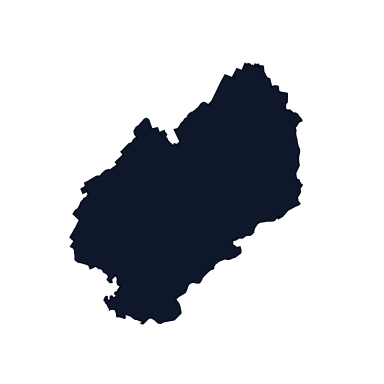 Rabagani, Bihor, Romania, rotated 289°
{"feature_id": "2599482B4708880341888", "entity_name": "Rabagani", "entity_type": "district", "adm_level": 2, "iso_a3": "ROU", "parent_name": "Romania", "parent_adm1": "Bihor", "projection": "natural_earth1", "projection_center": [22.248, 46.751], "detail": "fine", "context": "isolated", "style": "filled", "palette": "ink", "viewbox_px": 384, "rotation_deg": 289, "n_neighbors": 0, "source": "geoboundaries", "source_scale": "gbopen_adm2", "svg_char_len": 6002}
<svg xmlns="http://www.w3.org/2000/svg" viewBox="0 0 384 384"><g transform="rotate(289 192 192)"><path d="M300.3,264.3L299.6,264.1L299.8,262.4L299.8,261.6L300.1,260.8L300.2,260.2L300.4,259.7L300.7,259.6L301.3,258.0L301.1,257.5L301.1,257.1L300.1,257.1L300.6,254.6L300.4,253.8L302.6,252.5L306.2,251.8L307.8,252.7L312.1,251.3L313.1,251.1L314.4,250.5L316.2,250.0L315.1,243.4L315.2,242.6L315.8,240.8L319.4,239.4L319.8,238.8L319.8,237.6L319.1,235.4L318.0,233.9L317.5,232.9L323.6,228.9L324.3,228.5L324.2,226.8L324.3,225.8L325.0,224.8L328.7,221.0L329.7,220.2L330.8,219.9L334.0,218.4L333.7,217.7L333.8,217.5L334.0,217.5L334.1,217.3L334.0,217.0L333.9,216.9L333.5,216.9L333.4,217.2L333.2,217.2L333.2,216.8L333.0,216.2L332.2,216.3L332.0,216.2L331.9,215.9L332.2,215.9L332.5,215.7L332.7,215.4L332.7,215.1L332.9,215.3L333.3,215.4L333.5,215.2L333.1,214.4L333.3,213.8L333.6,213.6L334.0,213.7L334.3,213.4L334.0,213.0L333.8,212.1L333.3,212.3L332.3,212.1L332.4,211.8L332.5,211.7L333.0,211.9L333.2,211.5L332.8,211.0L332.4,211.2L332.2,211.0L332.0,210.6L333.1,209.9L332.0,209.6L331.5,210.1L331.1,209.8L331.1,209.5L330.5,208.8L330.5,208.4L330.7,208.0L331.3,207.8L331.1,207.1L330.8,206.8L330.6,206.5L330.5,206.2L331.6,205.6L331.7,205.4L331.7,205.2L331.2,204.9L331.0,204.4L331.2,204.1L331.6,204.1L331.7,203.9L331.6,203.2L330.6,203.2L329.5,202.6L329.4,202.4L329.6,202.1L329.4,201.7L329.7,201.4L330.6,201.4L331.0,201.0L330.6,200.3L322.9,199.8L323.2,194.4L314.3,193.0L314.2,195.1L313.0,194.8L313.4,185.2L304.6,183.7L291.0,182.1L284.0,181.2L279.5,179.0L280.4,176.3L280.5,174.8L280.2,173.4L278.1,171.9L275.4,171.1L273.5,170.4L272.0,169.4L270.2,168.5L269.1,167.6L267.5,166.6L267.2,166.3L267.1,165.6L266.0,165.1L265.6,164.3L264.7,164.1L263.6,163.5L262.9,163.3L260.5,163.3L258.9,161.6L258.0,161.3L257.1,161.2L255.9,161.0L253.9,159.7L252.6,159.3L251.1,159.2L248.6,158.5L247.7,158.1L246.9,157.6L246.4,157.0L245.3,155.0L235.5,164.6L231.1,161.6L232.0,159.9L231.6,159.6L230.3,159.5L229.9,159.0L229.8,157.8L230.0,157.3L230.6,156.8L231.0,155.9L231.1,154.9L231.3,154.4L231.8,154.0L232.3,153.0L232.7,152.2L233.7,151.4L234.5,150.6L235.0,149.4L235.6,148.9L236.5,148.8L237.2,149.0L238.2,149.1L238.7,148.5L238.7,147.9L239.4,147.2L239.9,146.1L240.9,145.7L238.9,143.4L236.6,142.2L241.4,138.4L238.4,133.6L246.2,127.3L245.9,126.4L246.8,125.5L246.4,124.6L245.5,123.5L243.8,122.7L242.8,122.5L239.8,121.0L238.7,120.8L237.5,120.3L235.2,118.3L231.4,117.6L231.0,117.4L230.3,117.6L228.7,119.0L228.2,118.8L225.8,122.3L224.2,120.7L222.4,119.8L220.2,119.4L219.1,119.5L217.3,117.0L216.2,116.3L208.7,112.9L207.0,111.9L204.9,115.0L195.4,110.0L193.8,112.4L192.3,111.9L188.1,108.7L187.9,109.0L185.4,107.1L186.1,106.3L184.7,104.1L184.1,103.4L182.5,102.4L179.8,100.9L177.0,100.1L176.2,97.5L175.6,96.6L169.0,91.0L165.5,87.7L162.7,89.6L158.7,86.2L156.8,88.1L155.2,89.3L158.6,92.4L155.6,95.2L154.8,94.3L152.9,94.3L150.5,91.9L149.2,91.9L148.1,91.3L146.2,90.4L143.7,90.4L140.5,90.0L139.3,89.7L137.4,88.8L137.4,88.3L135.1,87.3L134.4,87.2L134.0,87.3L132.7,86.8L128.9,94.9L123.0,94.0L120.3,93.8L118.5,93.2L114.3,92.6L112.6,92.1L109.4,91.6L107.4,96.7L100.9,95.0L100.6,97.9L98.6,100.2L96.8,100.7L94.6,102.0L89.9,103.6L88.9,106.3L88.7,107.4L89.2,110.2L89.4,114.0L89.4,118.1L86.4,120.8L90.7,125.1L89.3,129.1L90.3,130.1L88.9,133.7L88.0,133.9L87.7,134.2L87.6,134.5L87.5,135.7L86.9,138.2L86.6,139.0L84.8,140.8L84.1,141.0L81.9,140.3L81.1,141.2L79.7,144.1L80.6,145.7L83.2,144.1L88.4,146.8L87.0,148.8L86.0,149.6L84.4,150.2L83.0,150.3L82.3,150.6L80.4,152.0L80.0,152.9L80.0,155.1L77.0,154.6L75.7,153.9L74.8,154.3L73.4,153.7L73.3,153.4L72.7,152.7L71.7,152.0L71.2,151.9L70.7,152.1L70.4,153.2L70.5,153.8L70.2,154.1L68.3,154.2L67.3,153.7L67.1,153.0L66.2,152.1L66.3,151.6L67.3,150.6L67.4,150.4L67.3,149.5L67.0,149.0L65.4,149.1L63.9,149.8L63.3,149.9L62.8,149.8L62.4,149.2L62.3,147.9L62.8,146.9L63.3,146.4L65.1,146.1L65.4,145.6L65.2,144.9L64.7,144.5L62.7,144.1L61.7,144.5L61.2,144.1L60.9,144.4L60.6,145.7L59.6,146.0L58.7,147.1L58.8,147.8L57.2,149.3L54.3,152.4L53.9,152.5L54.6,153.0L54.7,153.4L55.4,154.9L55.9,157.9L53.8,159.3L52.0,160.8L50.9,160.8L49.7,161.8L50.5,163.5L50.8,169.5L52.0,169.7L52.1,168.4L53.6,168.2L54.8,170.0L54.9,174.7L54.1,176.5L53.2,179.8L53.8,181.8L53.5,183.3L53.6,187.0L52.6,188.3L51.5,186.8L51.3,188.4L55.4,190.6L57.2,191.2L58.7,192.3L59.9,194.5L59.3,197.5L58.7,199.4L57.3,202.4L57.6,205.1L60.1,207.3L65.4,216.8L74.0,220.9L79.9,217.6L81.8,216.0L83.5,213.9L84.2,212.3L85.7,211.4L89.2,213.5L94.7,218.2L97.2,218.6L101.4,218.5L103.0,218.7L104.8,219.4L106.5,221.1L107.1,222.2L107.7,226.5L108.3,228.1L108.5,228.4L109.0,228.8L111.7,229.5L114.1,229.6L115.8,230.1L120.2,232.2L124.1,234.3L125.3,235.5L125.9,236.7L126.9,237.2L128.9,236.7L131.1,237.2L135.2,239.8L139.3,244.3L139.9,245.9L139.9,247.3L140.8,249.5L142.9,251.6L144.2,253.6L150.0,257.7L151.4,257.7L153.5,256.7L155.7,255.2L153.9,252.7L155.6,247.0L160.1,246.3L160.1,247.0L160.4,248.1L161.1,249.1L163.5,250.9L163.9,251.4L164.9,254.5L165.5,255.1L168.1,256.8L168.8,257.5L169.1,258.1L169.8,260.2L170.1,260.8L170.8,261.6L171.4,262.1L172.4,262.7L173.5,263.0L173.8,263.3L174.4,263.0L175.8,263.0L177.5,262.7L178.4,262.8L182.7,263.9L183.5,264.2L184.1,264.7L185.1,265.5L186.1,266.8L187.6,269.9L188.6,271.4L191.1,278.0L191.5,278.5L192.2,279.2L195.4,280.5L195.3,281.1L197.0,282.0L195.2,282.6L198.4,285.4L206.0,288.5L211.8,293.8L215.0,297.2L216.0,297.8L217.4,295.4L220.0,294.0L221.2,293.1L223.8,294.0L227.5,294.4L230.4,292.8L234.5,293.9L235.0,292.3L236.7,290.1L238.0,289.4L238.1,288.6L238.1,288.1L237.7,287.0L238.3,286.8L240.2,285.3L241.6,284.7L243.2,283.9L244.5,283.8L250.7,284.5L252.2,284.6L255.0,282.9L258.5,281.6L260.3,281.1L263.2,280.8L266.2,280.1L267.1,279.7L268.6,278.5L269.6,277.4L270.9,276.6L272.3,275.6L276.2,273.7L277.7,272.5L279.9,271.3L282.1,270.4L284.4,270.1L284.9,268.9L285.4,269.0L285.9,268.3L289.4,269.4L291.8,269.8L292.8,270.3L293.8,271.0L295.1,272.7L295.4,272.5L296.4,271.6L296.3,270.8L296.8,270.4L297.2,270.3L297.8,268.7L299.3,267.2L299.7,266.4L300.3,264.3Z" fill="#0f172a" stroke="#020617" stroke-width="1.5"/></g></svg>